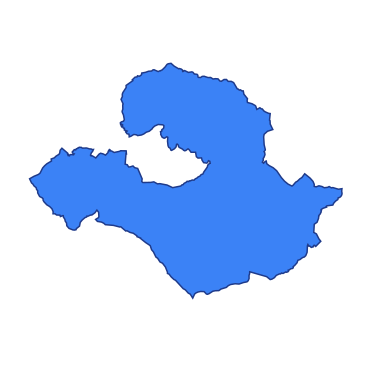 the district of Tilisca, Sibiu, Romania, rotated 43°
{"feature_id": "2599482B75916194776070", "entity_name": "Tilisca", "entity_type": "district", "adm_level": 2, "iso_a3": "ROU", "parent_name": "Romania", "parent_adm1": "Sibiu", "projection": "mercator", "projection_center": [23.791, 45.786], "detail": "fine", "context": "isolated", "style": "filled", "palette": "blue", "viewbox_px": 384, "rotation_deg": 43, "n_neighbors": 0, "source": "geoboundaries", "source_scale": "gbopen_adm2", "svg_char_len": 5995}
<svg xmlns="http://www.w3.org/2000/svg" viewBox="0 0 384 384"><g transform="rotate(43 192 192)"><path d="M303.9,93.7L303.5,91.9L302.6,90.6L300.9,89.3L299.4,87.3L297.2,90.1L292.0,92.7L291.1,93.9L288.6,94.5L288.0,96.1L285.8,98.7L283.4,99.3L280.6,100.9L279.3,103.5L277.6,104.6L276.1,103.0L273.2,101.7L269.0,101.3L262.0,101.8L262.5,106.5L261.9,108.8L261.7,112.3L261.1,114.1L261.3,118.5L261.0,119.5L256.9,120.7L252.3,121.0L247.5,120.5L239.4,118.7L234.8,118.9L230.2,120.1L227.3,120.3L225.2,118.7L224.7,119.5L224.7,122.1L223.1,122.2L222.5,120.2L221.2,118.9L221.0,117.5L219.9,114.9L218.4,113.7L217.1,113.3L217.1,111.8L216.7,111.0L212.5,108.2L206.8,102.8L205.4,100.6L205.8,96.1L208.5,91.2L202.9,89.0L200.4,86.6L199.7,86.6L195.7,81.3L194.4,82.2L191.0,83.4L189.2,83.7L186.8,83.3L186.1,83.9L184.2,84.1L183.1,87.4L180.0,85.7L179.0,85.7L175.7,86.5L171.5,88.7L170.0,87.6L168.9,85.9L163.3,85.1L160.5,83.1L159.6,84.0L157.8,84.2L157.1,85.2L155.6,85.2L154.8,85.7L147.8,83.6L145.3,84.3L143.0,86.4L140.5,86.2L138.7,87.9L137.9,91.1L136.6,91.8L133.9,91.5L131.9,93.1L130.3,95.0L127.6,95.5L125.6,97.4L121.9,99.1L120.6,100.5L120.2,102.4L118.5,103.8L117.9,103.8L116.6,102.6L115.4,102.5L113.2,104.1L111.1,103.8L110.0,104.2L107.8,107.0L103.8,108.2L103.2,110.1L102.7,110.0L102.4,109.3L100.4,109.4L98.6,110.3L98.2,111.0L93.2,112.1L88.9,112.2L87.1,114.5L86.7,115.8L87.1,119.0L86.9,123.2L86.5,123.9L86.4,124.8L86.0,125.0L85.1,127.0L80.8,128.5L80.1,129.5L80.0,131.0L77.8,133.4L76.5,136.0L74.1,139.3L75.0,140.5L75.0,141.9L74.5,143.3L72.9,144.2L73.3,145.3L72.0,146.9L71.8,150.7L72.8,150.9L71.1,159.0L72.6,160.5L73.6,166.3L74.3,168.0L76.0,169.7L76.9,172.6L81.6,174.6L81.9,175.5L84.9,178.6L85.8,180.6L86.7,181.3L89.3,182.4L93.1,185.2L93.6,186.9L92.5,189.0L92.4,190.3L93.9,191.4L94.2,190.4L95.5,190.2L96.0,191.3L95.4,191.8L95.5,192.1L96.4,192.3L96.8,191.5L98.2,192.1L99.1,191.5L100.2,192.8L103.0,191.7L103.0,192.3L102.3,192.6L102.4,193.3L104.8,193.7L106.5,192.7L108.5,194.5L109.3,192.9L110.2,189.6L112.3,188.1L113.8,187.8L116.2,184.7L117.2,182.3L117.8,179.4L119.3,176.7L119.8,172.8L119.5,172.0L119.7,169.3L121.2,165.7L124.8,162.8L126.1,162.6L127.1,163.7L127.8,165.0L127.4,166.9L128.3,168.0L127.8,169.4L129.1,170.2L129.8,171.2L132.8,172.3L134.0,172.0L134.9,171.7L135.4,170.9L135.9,168.8L137.0,168.5L139.5,171.6L142.9,174.5L144.5,175.2L146.1,174.9L148.2,175.8L148.7,175.5L149.7,172.4L149.6,169.9L148.2,167.7L148.6,167.0L150.1,167.1L151.1,167.9L152.2,168.1L155.9,167.1L157.4,167.2L158.6,166.8L159.2,165.8L159.5,163.6L159.8,163.1L161.0,163.0L164.2,163.6L167.5,160.5L171.1,163.2L173.2,163.1L175.7,160.6L177.7,161.9L180.5,162.6L183.1,160.8L183.3,159.8L182.7,157.9L184.1,157.4L185.7,158.6L185.3,159.1L185.2,161.6L186.2,163.4L187.0,169.4L187.7,171.4L186.9,172.9L186.8,173.9L187.0,174.7L186.1,177.2L186.1,178.5L185.4,180.1L185.4,182.0L184.0,183.1L183.1,185.1L182.4,185.7L182.5,186.6L181.1,187.5L181.2,188.4L180.3,191.2L180.5,192.7L179.8,193.6L179.7,195.3L174.9,202.0L169.0,203.9L162.8,207.8L161.2,209.6L157.2,210.6L155.2,213.2L149.6,218.6L148.1,218.6L146.6,216.4L136.2,211.8L133.5,213.3L131.1,213.2L129.5,216.0L128.5,216.9L126.1,216.2L124.1,217.2L117.6,209.0L118.0,208.8L115.8,206.8L111.7,210.5L111.2,211.8L108.1,216.2L105.1,216.9L103.9,218.0L103.5,217.1L102.6,217.3L103.0,219.5L103.7,220.4L103.6,224.0L100.9,224.8L98.7,226.0L98.2,227.7L98.4,232.7L94.7,233.5L93.5,234.0L93.5,234.4L92.6,234.3L91.6,231.7L91.7,230.4L90.9,228.1L89.8,229.2L88.9,229.3L87.8,230.3L84.9,231.7L81.9,234.7L80.7,234.8L79.0,236.2L79.0,237.1L78.6,237.3L78.3,238.8L77.9,239.3L78.2,240.5L77.0,241.3L77.2,243.4L77.0,243.6L77.1,244.4L77.6,244.7L79.5,245.1L79.8,244.7L80.0,245.5L77.8,247.3L77.3,248.4L77.7,249.1L76.9,249.6L76.8,249.0L76.3,248.9L75.8,249.5L74.8,248.9L74.8,248.4L67.0,248.7L67.1,251.4L68.7,253.8L69.0,255.2L68.1,258.5L68.0,260.9L66.5,263.9L68.1,265.2L66.6,270.3L66.3,273.4L66.4,276.3L68.0,281.8L67.7,283.9L65.7,288.3L64.2,293.1L68.5,294.8L70.1,294.7L72.4,295.3L75.0,295.1L76.7,296.2L78.1,296.2L79.8,297.9L83.6,299.2L86.7,298.4L87.6,298.5L88.8,299.6L90.4,300.1L94.5,300.4L97.8,299.7L101.0,299.8L103.9,301.1L105.2,302.7L106.8,301.3L108.6,301.2L111.2,299.0L112.5,299.7L113.7,297.2L114.0,297.1L115.0,298.0L117.7,298.7L119.2,299.8L121.3,300.2L123.5,302.1L126.9,302.5L130.9,300.9L132.3,299.7L132.9,298.6L132.6,298.4L132.5,297.2L133.0,293.7L131.0,290.4L130.8,287.4L131.2,283.7L132.0,282.1L131.6,281.3L132.4,280.7L133.4,278.3L134.5,277.0L135.2,273.3L134.8,270.1L137.5,270.5L140.6,273.4L141.1,274.5L140.2,277.8L142.9,278.0L146.4,275.7L148.9,275.0L150.9,275.0L157.3,270.0L163.0,266.9L163.6,266.0L170.2,265.7L170.8,264.7L174.3,263.8L177.2,262.2L181.6,261.6L182.2,262.2L185.7,260.8L185.8,261.1L192.5,260.6L198.0,259.7L201.8,261.8L204.6,262.1L210.0,264.2L212.1,263.9L216.3,265.0L219.0,264.2L223.7,265.0L228.6,267.3L229.6,268.3L231.3,267.7L234.7,268.3L238.5,268.3L240.1,267.8L251.5,268.7L253.9,268.1L258.2,268.5L260.4,267.9L264.9,269.1L263.5,264.8L263.8,262.9L264.7,260.9L266.2,258.8L268.8,256.6L272.1,256.8L273.1,256.2L273.8,254.8L274.9,250.4L276.4,248.3L278.9,245.8L279.4,243.2L282.2,238.3L282.4,235.7L283.3,233.4L286.1,229.7L289.2,227.2L291.4,223.1L293.5,220.2L293.6,218.6L292.8,216.4L290.6,214.1L289.9,212.5L288.6,211.0L304.3,203.0L308.9,202.7L309.9,201.2L310.7,198.4L310.5,195.5L311.8,192.3L312.7,191.4L312.7,190.3L314.1,189.5L315.1,186.6L315.9,186.2L316.6,184.8L316.5,183.8L315.7,183.6L316.4,182.2L316.5,181.0L317.7,179.3L317.7,178.3L316.9,177.6L317.2,175.8L317.1,172.2L316.0,169.7L317.0,167.9L317.6,164.5L318.5,162.9L318.6,160.9L317.3,157.6L313.0,152.5L312.6,151.4L314.4,151.9L315.0,151.2L317.0,151.2L318.0,149.5L317.7,149.3L318.0,148.1L317.6,148.1L317.6,147.7L318.2,147.3L319.6,147.4L319.8,140.2L316.7,139.7L311.6,137.8L308.6,138.5L303.4,132.2L304.1,128.8L302.5,124.9L301.1,123.2L301.2,122.9L300.8,122.6L300.7,120.2L300.2,119.4L300.1,118.4L299.2,117.8L299.1,117.0L298.4,116.7L299.0,114.4L300.7,111.3L300.0,111.1L300.1,110.1L303.9,105.5L303.3,103.7L303.2,100.8L303.8,98.1L302.9,96.5L303.7,95.3L303.9,93.7Z" fill="#3b82f6" stroke="#1e3a8a" stroke-width="1.5"/></g></svg>